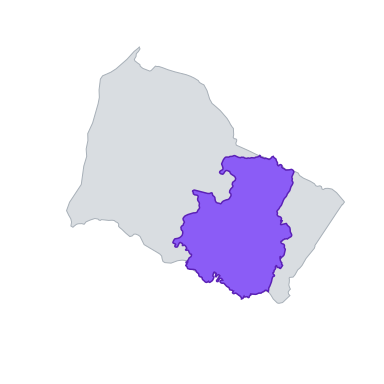 where Northern sits in Ghana, rotated 124°
{"feature_id": "GHA-2155", "entity_name": "Northern", "entity_type": "Region", "adm_level": 1, "iso_a3": "GHA", "parent_name": "Ghana", "parent_adm1": "", "projection": "albers", "projection_center": [-0.881, 9.332], "detail": "fine", "context": "in_parent", "style": "filled", "palette": "violet", "viewbox_px": 384, "rotation_deg": 124, "n_neighbors": 0, "source": "natural_earth", "source_scale": "10m", "svg_char_len": 8568}
<svg xmlns="http://www.w3.org/2000/svg" viewBox="0 0 384 384"><g transform="rotate(124 192 192)"><path d="M233.0,55.1L235.7,57.7L236.3,59.2L235.3,64.8L233.4,68.8L232.1,72.5L232.3,74.3L233.5,76.2L237.7,79.0L239.8,80.9L242.3,83.8L245.2,86.6L250.2,90.2L252.3,90.8L252.2,91.8L251.5,93.2L251.1,106.8L250.7,110.3L250.4,112.1L249.9,117.1L249.4,117.8L248.5,117.8L247.6,118.0L247.4,119.0L247.8,120.0L250.8,120.7L250.1,121.5L247.9,122.2L246.9,123.7L247.3,125.5L246.1,126.9L246.4,127.8L247.2,128.5L248.5,128.2L252.0,125.9L253.5,125.6L255.3,126.1L258.6,129.7L258.8,131.4L257.5,137.4L256.1,142.0L255.9,148.1L257.3,151.6L257.2,153.5L255.6,155.1L252.2,157.5L252.4,159.1L254.0,162.1L257.0,165.5L262.7,169.6L265.7,175.0L265.8,177.2L264.1,179.4L262.0,181.4L261.4,184.1L262.4,202.3L257.9,210.2L257.8,212.4L258.3,215.0L259.5,216.6L261.8,217.0L263.7,218.6L263.1,224.1L262.1,229.7L261.9,232.5L261.4,233.8L259.6,234.8L259.0,236.6L259.4,238.8L259.1,240.4L260.1,242.5L262.1,245.1L265.5,251.6L266.8,252.1L267.3,253.5L267.0,254.8L268.3,257.7L272.0,260.6L275.9,263.1L279.1,263.4L279.8,265.6L281.9,268.5L283.4,269.7L285.8,270.5L287.8,271.0L287.9,273.4L284.3,275.0L282.0,277.5L280.1,281.4L277.6,285.6L268.9,287.8L265.6,287.8L247.7,288.0L231.0,296.2L221.4,299.2L215.5,303.8L207.5,307.1L201.9,311.1L190.3,313.0L171.3,319.2L165.4,321.7L159.4,326.1L149.6,331.1L145.7,331.1L138.1,326.3L132.3,323.8L118.3,320.1L107.8,318.6L102.7,317.0L101.3,316.8L102.5,315.1L105.5,315.0L108.5,315.5L110.9,314.2L114.3,314.0L115.2,312.7L115.5,309.2L115.5,306.5L116.7,305.2L117.0,301.9L115.4,294.7L114.2,293.8L108.1,292.7L107.6,291.3L106.5,289.8L105.4,286.0L104.1,280.4L102.0,273.5L97.9,262.1L96.9,258.0L96.3,253.9L96.1,249.0L97.0,247.2L96.9,244.6L96.5,242.1L99.5,236.3L105.2,229.2L106.4,226.7L107.4,224.9L107.6,222.3L108.7,214.1L111.4,204.1L113.1,200.3L114.3,198.2L115.7,194.9L116.1,193.3L121.3,189.4L123.7,188.4L124.2,186.8L123.4,185.2L123.8,184.0L125.0,183.4L127.0,183.0L128.4,181.4L126.2,169.0L124.5,156.7L124.4,155.6L123.4,153.9L122.3,148.8L120.6,145.8L118.2,144.9L118.2,142.1L120.7,137.4L121.3,134.6L120.2,133.8L120.0,131.6L120.9,128.1L120.5,126.0L120.0,123.7L117.5,118.3L116.9,114.5L118.2,112.2L118.2,107.3L116.9,99.8L116.7,95.0L117.6,93.0L117.2,91.2L115.3,89.4L115.2,87.6L116.8,85.9L116.6,84.6L114.6,83.6L112.9,81.3L111.3,77.6L111.7,71.7L114.7,60.9L115.1,60.0L118.4,60.1L118.4,60.5L128.8,60.5L140.6,60.4L154.8,60.3L167.6,60.2L168.2,59.7L170.3,59.1L183.3,60.3L191.4,59.7L194.8,60.1L197.4,60.8L203.0,60.3L206.0,60.6L208.2,63.3L209.1,63.3L210.4,62.1L212.6,60.8L214.9,59.8L216.6,57.7L217.5,56.1L219.0,56.4L221.2,56.3L222.6,54.9L223.1,52.9L233.0,55.1Z" fill="#d9dde1" stroke="#a8b0b8" stroke-width="1"/><path d="M232.0,73.1L231.8,74.2L231.8,75.1L232.2,76.0L233.0,76.6L234.5,76.8L235.5,77.6L237.2,78.2L238.4,80.0L240.7,81.5L241.4,82.2L243.7,86.4L244.0,86.4L244.4,85.7L246.0,86.2L247.2,85.8L247.7,85.9L248.1,86.3L248.1,86.8L247.9,87.6L248.4,88.4L249.1,89.0L249.6,89.7L249.2,90.6L251.7,90.3L253.0,91.2L251.9,92.0L251.6,93.4L251.3,94.0L251.4,95.4L251.2,98.5L251.6,99.6L252.9,100.4L253.1,101.3L252.9,102.1L251.0,102.3L251.3,102.7L251.0,103.7L251.9,105.8L251.9,106.2L251.0,107.1L250.7,107.7L250.6,108.3L250.8,110.6L249.9,113.9L249.9,114.8L250.8,116.0L251.0,116.6L251.1,117.4L250.9,118.2L250.5,118.7L249.7,118.8L249.0,118.4L247.9,117.2L247.3,118.5L247.3,119.7L248.0,120.6L249.3,120.8L251.0,120.3L251.9,120.5L252.3,121.4L252.0,122.0L251.3,122.2L250.5,122.1L249.9,121.7L249.1,122.2L248.1,122.2L245.9,122.0L245.6,123.5L245.8,123.9L247.0,124.7L248.0,124.5L248.7,124.5L249.0,125.0L248.9,125.4L248.3,125.8L247.7,126.1L245.9,126.4L245.9,127.0L246.2,127.7L245.8,128.2L246.0,128.8L246.8,128.9L247.6,128.7L249.6,128.0L249.9,127.8L250.1,127.4L250.2,126.5L250.4,126.2L251.1,125.9L253.7,125.6L254.5,125.7L256.8,126.6L257.1,126.9L257.2,127.4L256.8,128.4L258.1,128.9L258.9,129.5L259.2,130.6L258.8,132.8L258.7,134.0L258.5,134.6L257.3,135.8L257.2,136.6L257.8,138.2L257.8,138.9L257.3,139.7L256.3,140.6L256.0,141.0L255.8,143.1L255.1,144.5L254.7,145.8L255.2,147.2L257.3,150.7L257.9,152.8L256.9,154.2L256.7,154.7L256.5,156.0L256.0,156.2L254.6,155.9L254.2,156.1L254.4,156.3L254.1,157.0L253.7,157.5L253.2,156.5L252.7,156.3L252.2,156.4L251.9,156.8L252.0,157.4L250.3,157.2L248.1,157.5L246.2,156.7L245.5,156.8L244.4,157.2L244.1,157.5L244.0,158.0L244.3,158.4L244.4,158.9L243.6,160.7L242.7,161.8L242.5,162.5L242.9,163.5L243.6,164.1L243.7,164.5L243.5,165.0L243.1,165.1L242.0,164.8L241.5,165.0L240.7,166.4L240.3,167.8L240.3,168.7L240.5,169.0L241.4,169.4L241.7,170.0L241.3,170.4L240.6,170.6L240.2,170.9L240.1,171.3L240.3,172.4L240.3,173.2L240.4,173.6L240.7,173.8L241.7,174.0L245.4,173.4L246.1,173.7L246.8,174.8L246.8,175.5L246.6,175.9L246.3,176.1L244.7,176.2L244.4,176.6L244.8,179.0L244.7,179.5L243.6,179.9L241.9,180.1L240.7,180.1L240.1,179.7L238.2,177.7L236.7,176.7L235.1,176.2L234.0,176.0L233.1,176.0L231.2,176.7L229.8,177.8L229.5,178.4L229.5,179.1L229.0,180.1L228.8,180.3L228.3,180.6L227.8,181.2L227.5,181.4L226.7,181.5L226.0,181.5L224.7,180.9L224.2,180.9L222.7,181.4L221.5,181.3L221.0,181.7L220.1,183.6L219.2,184.5L218.0,184.7L216.2,184.5L215.4,184.2L213.0,182.8L208.6,179.2L207.5,177.8L206.8,177.1L206.3,176.7L205.8,176.6L203.4,176.9L202.0,176.7L201.1,176.8L200.7,177.0L199.2,178.6L197.8,179.2L197.1,179.7L196.7,180.2L195.8,182.4L194.9,183.3L194.4,183.6L192.6,184.1L192.2,184.4L191.9,185.0L191.8,185.8L191.9,186.3L192.8,188.0L192.8,189.6L192.6,190.0L191.8,190.6L191.0,192.0L190.6,192.1L189.3,191.4L189.0,191.0L184.4,178.1L183.4,176.6L182.2,175.8L181.6,175.1L181.8,174.5L183.2,172.9L183.4,171.0L183.7,170.1L186.2,167.8L187.0,166.2L187.0,165.5L186.9,164.8L186.2,163.3L185.8,161.7L185.2,161.4L183.6,161.4L182.0,161.0L179.5,159.3L178.0,157.9L177.4,157.6L176.4,157.4L174.1,157.5L173.0,157.7L172.2,158.3L171.8,158.8L171.4,160.5L171.1,160.8L169.9,161.4L167.9,161.6L165.1,161.1L164.0,161.5L163.5,162.6L163.1,163.0L161.3,163.7L158.1,162.7L156.3,163.4L155.8,164.2L155.4,165.0L155.2,165.9L155.3,169.5L155.1,170.3L154.7,171.2L153.9,172.3L154.3,173.4L154.3,174.2L154.9,175.5L155.4,175.9L157.0,176.2L158.7,176.1L160.0,176.4L160.7,178.0L160.8,178.8L160.6,179.6L160.2,180.2L159.4,180.4L158.5,180.2L156.7,179.3L155.7,179.2L154.8,179.7L153.2,181.6L152.5,182.8L152.0,183.2L147.9,184.0L146.0,184.0L144.5,183.7L143.7,182.9L142.6,181.1L141.3,180.4L140.1,178.8L139.5,178.3L138.3,177.5L137.9,176.9L137.5,174.2L137.2,172.6L136.4,170.9L135.6,170.6L135.1,169.7L134.6,169.1L134.3,168.3L134.5,167.5L133.4,165.2L132.4,164.6L131.8,163.1L130.2,161.8L129.0,159.5L128.4,158.9L127.8,158.9L126.0,157.0L124.7,156.3L124.5,156.1L123.9,156.4L123.7,156.1L123.8,155.5L124.6,155.0L124.6,154.4L123.8,151.4L123.6,150.3L122.8,149.9L122.2,147.9L122.1,147.0L121.9,146.3L120.8,145.7L119.7,145.4L118.0,145.3L117.0,144.5L117.4,143.9L117.6,143.2L117.7,141.0L117.8,140.7L118.8,139.7L120.0,137.4L121.4,136.7L121.9,135.9L122.0,135.1L121.3,134.7L120.5,134.5L119.9,134.1L119.6,133.4L119.7,132.6L120.1,132.0L121.2,131.4L121.4,130.7L121.4,129.5L121.2,128.4L121.4,127.0L121.3,126.4L119.2,123.7L117.7,122.3L117.5,121.8L117.5,120.4L117.7,119.7L118.1,119.1L118.6,118.6L123.6,117.7L124.3,117.1L124.9,116.2L126.7,115.4L127.5,113.7L128.3,113.3L129.6,113.0L132.3,112.9L136.2,111.7L140.3,111.9L141.9,111.5L143.0,111.4L145.7,111.8L147.3,111.7L152.9,110.5L155.7,110.7L157.1,110.5L159.4,110.8L160.5,110.8L160.7,110.7L161.6,109.4L162.0,109.2L163.2,108.8L163.5,108.3L163.9,106.7L163.7,106.2L163.3,105.5L163.3,104.3L163.6,103.4L163.9,103.0L165.1,102.4L166.1,102.5L166.5,102.2L166.5,101.9L166.4,101.7L165.5,101.4L165.4,101.2L166.6,100.9L167.3,101.1L168.0,101.1L169.3,100.5L169.4,100.2L169.3,99.9L165.7,96.6L165.4,96.3L165.4,96.0L166.3,94.2L166.5,92.2L166.9,91.0L167.9,89.9L169.6,88.6L170.2,88.0L171.3,86.0L171.9,85.3L172.2,85.1L172.9,84.9L173.7,85.0L176.2,86.2L177.6,86.6L177.9,87.6L178.7,88.3L179.1,89.0L179.9,89.2L181.2,89.9L182.4,90.0L182.6,90.1L182.8,90.5L183.3,90.6L184.1,90.1L184.4,89.6L184.4,88.5L184.0,86.8L184.2,86.1L184.7,85.4L186.5,84.4L187.1,83.0L187.5,82.5L192.4,80.6L193.2,80.5L195.0,80.8L195.7,81.2L197.0,81.3L196.9,81.6L196.1,82.6L196.3,82.8L196.5,82.8L197.5,82.2L199.5,80.3L199.9,79.5L200.3,79.0L200.4,78.1L201.8,77.2L202.1,75.9L202.4,75.8L205.4,75.8L206.0,76.0L206.2,76.7L205.8,77.2L205.8,77.6L206.5,78.3L206.7,79.1L206.5,79.8L205.9,80.4L205.8,80.8L206.0,81.1L206.6,80.8L207.2,81.1L207.4,81.1L207.8,80.8L208.3,80.2L208.8,79.9L210.2,79.9L210.8,80.1L211.3,80.0L211.9,79.6L212.4,79.4L212.9,79.4L213.5,79.7L214.0,79.5L214.5,79.0L214.8,77.5L215.3,76.8L215.8,76.8L216.5,77.4L217.8,77.5L218.9,77.2L222.1,75.9L226.4,74.9L228.5,74.7L231.2,73.3L232.0,73.1Z" fill="#8b5cf6" stroke="#5b21b6" stroke-width="1.5"/></g></svg>